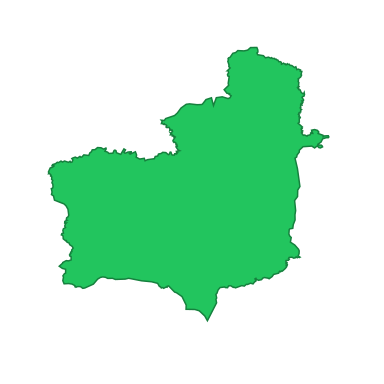 the district of Phon Thong, Roi Et, Thailand, rotated 258°
{"feature_id": "78962969B17722386681463", "entity_name": "Phon Thong", "entity_type": "district", "adm_level": 2, "iso_a3": "THA", "parent_name": "Thailand", "parent_adm1": "Roi Et", "projection": "robinson", "projection_center": [103.964, 16.293], "detail": "fine", "context": "isolated", "style": "filled", "palette": "green", "viewbox_px": 384, "rotation_deg": 258, "n_neighbors": 0, "source": "geoboundaries", "source_scale": "gbopen_adm2", "svg_char_len": 6003}
<svg xmlns="http://www.w3.org/2000/svg" viewBox="0 0 384 384"><g transform="rotate(258 192 192)"><path d="M132.1,47.2L128.8,47.8L128.1,52.3L126.9,55.5L124.9,57.8L123.7,57.9L123.8,58.5L123.0,58.7L123.3,60.6L122.6,63.3L120.5,65.1L120.4,67.2L122.4,76.4L126.4,81.6L127.5,84.7L127.5,87.0L126.6,89.6L125.0,91.6L124.1,96.3L122.4,98.9L120.7,108.6L120.8,112.1L115.6,124.3L112.6,133.8L109.8,139.4L106.3,140.5L106.0,141.4L104.5,142.0L104.6,143.6L103.7,144.3L104.4,146.8L104.0,147.8L104.9,148.1L105.0,149.6L97.7,154.2L96.8,155.8L91.8,160.5L82.6,162.8L78.5,161.8L76.5,170.4L74.3,174.4L68.1,178.7L62.9,180.3L78.5,193.0L82.0,193.1L83.2,194.1L86.9,194.1L87.7,195.3L90.7,197.1L92.7,199.6L92.3,204.3L91.6,204.7L91.0,206.9L92.5,208.2L92.2,210.5L90.1,212.5L90.3,213.1L89.2,214.6L90.1,221.2L89.1,223.6L90.4,226.0L90.0,227.0L90.6,230.3L89.4,232.6L91.3,234.8L91.3,235.7L92.2,236.1L93.9,235.5L94.3,236.6L92.6,237.1L92.7,237.6L91.8,238.6L91.8,241.8L93.0,243.3L93.3,245.0L91.9,248.5L91.1,249.4L92.6,252.8L94.4,254.7L94.6,259.9L96.2,261.1L95.5,262.1L96.1,263.0L95.8,263.9L97.8,267.4L99.2,269.0L100.3,268.9L99.9,269.4L101.0,270.2L102.0,269.7L102.6,270.1L102.8,269.4L103.3,270.0L103.9,269.3L105.4,269.7L105.2,272.1L106.0,273.2L107.0,272.6L107.8,273.4L107.4,276.3L106.2,277.6L106.1,279.3L106.9,280.4L105.8,281.2L106.3,282.6L105.6,283.3L105.8,284.1L107.4,282.5L109.4,283.9L112.1,284.6L113.8,284.3L118.8,281.5L122.5,277.8L126.9,279.6L128.5,278.5L130.7,278.0L135.1,279.3L135.6,280.0L135.5,283.0L139.1,284.3L143.2,287.0L148.4,288.0L152.2,289.5L162.3,290.6L165.6,294.3L171.9,295.8L174.9,298.7L192.9,300.0L203.7,299.8L204.4,301.6L206.4,302.5L208.7,305.2L210.6,305.7L213.2,310.1L212.0,318.7L209.6,321.1L211.0,324.1L209.0,325.4L208.4,326.8L209.0,329.1L209.8,329.0L210.9,328.3L211.8,325.0L212.5,325.0L214.0,328.6L216.8,330.8L217.2,334.4L216.8,336.7L217.4,337.3L218.7,337.0L219.4,332.6L218.9,331.8L220.3,331.9L223.0,327.5L224.3,328.5L226.2,327.5L227.6,324.9L227.6,321.8L226.1,321.9L225.4,320.9L224.9,322.2L224.2,322.3L224.7,320.5L223.3,319.3L223.3,316.8L222.7,316.1L224.3,314.1L224.3,312.7L227.0,311.4L227.2,312.2L228.1,311.8L228.7,313.0L229.9,311.9L231.0,311.9L231.2,312.9L232.0,312.6L232.6,313.5L237.2,310.1L238.0,311.5L241.3,312.1L242.2,313.4L242.9,313.3L243.3,312.2L245.1,313.0L245.8,312.2L247.2,313.2L246.8,313.9L247.6,314.2L247.7,315.0L249.4,315.3L249.9,316.3L250.9,315.4L251.9,315.4L252.1,316.5L252.3,315.9L254.6,316.4L254.2,317.6L255.2,317.4L255.5,318.0L256.0,317.4L256.6,319.0L258.2,318.4L258.0,319.8L258.8,320.3L261.6,319.3L262.3,319.9L262.4,321.4L263.9,322.3L266.0,322.4L265.0,321.6L265.2,320.8L266.7,319.5L269.4,319.0L269.8,317.9L271.7,317.1L271.5,317.9L272.7,317.7L272.9,318.6L273.5,318.2L277.0,319.3L277.9,318.8L279.8,319.6L280.5,319.3L281.9,322.2L283.6,323.5L284.3,323.1L287.1,324.5L287.7,323.0L288.8,323.5L290.1,321.5L289.9,320.0L292.9,319.6L292.5,318.1L295.0,315.9L295.5,314.2L296.8,313.7L296.9,312.3L297.6,311.9L296.9,311.1L297.1,310.1L297.8,310.1L297.8,309.3L299.0,308.4L298.4,306.1L300.3,306.3L301.2,305.3L301.4,304.0L303.2,303.4L303.8,302.1L304.5,301.9L304.6,300.8L305.5,300.5L305.8,298.7L306.9,297.7L306.5,296.9L308.0,294.8L308.0,291.7L310.5,290.2L312.6,284.8L314.5,284.4L315.2,285.6L317.4,285.9L319.9,285.5L321.1,279.3L319.2,275.9L319.2,272.2L320.8,266.2L319.3,263.7L319.2,260.8L315.8,257.2L315.6,255.7L314.8,254.9L313.7,255.1L312.3,254.2L308.7,254.6L306.9,254.1L305.4,255.1L303.3,251.8L303.2,252.6L300.8,252.5L299.7,251.2L298.9,251.1L297.8,251.3L297.3,252.4L290.8,250.0L288.7,250.0L285.4,244.7L281.3,246.7L280.4,249.1L279.7,248.6L278.1,250.3L276.3,248.8L275.9,246.7L278.8,241.4L279.2,235.4L272.1,231.0L280.1,230.6L279.5,224.9L275.7,220.4L275.6,219.3L276.3,215.2L278.7,208.0L279.0,204.6L276.4,198.7L272.3,194.1L270.4,190.8L269.3,181.5L267.7,179.8L268.6,176.9L267.4,177.5L265.3,176.3L265.1,177.4L264.1,178.0L264.5,179.2L263.6,179.4L262.9,180.8L262.2,181.1L261.0,180.1L260.2,180.8L260.0,183.0L258.2,183.5L256.8,183.0L257.4,184.3L256.7,184.6L256.6,185.5L255.2,185.5L254.8,184.5L253.9,184.3L254.3,183.2L253.4,183.6L252.4,182.7L251.9,184.6L250.8,184.4L251.0,185.6L249.5,185.7L250.0,186.3L249.3,187.1L246.4,184.1L245.2,184.1L244.2,184.7L244.5,185.4L243.3,186.4L241.8,186.2L241.8,187.0L239.9,187.1L240.1,186.1L239.5,185.7L235.9,187.2L235.0,188.4L235.0,185.3L234.4,185.7L233.8,185.2L233.5,185.7L233.3,185.0L233.0,185.5L232.4,184.9L233.0,183.0L231.8,182.4L232.2,180.6L232.7,180.0L235.3,179.7L235.6,179.0L233.5,177.4L233.4,176.6L236.0,174.6L236.9,171.6L236.1,169.9L236.1,167.1L234.3,165.9L234.4,163.4L232.4,162.1L232.9,155.1L232.3,152.6L234.9,152.3L235.1,147.7L237.7,144.6L239.7,145.5L243.1,145.0L241.9,139.4L242.5,138.8L243.4,140.8L244.0,140.9L244.4,137.6L243.8,134.6L244.8,133.7L247.0,135.7L248.3,134.4L243.6,130.1L246.1,126.3L248.3,126.2L249.0,125.3L248.8,124.4L246.4,122.7L247.0,118.7L248.5,117.8L250.0,115.3L252.0,117.0L252.9,116.9L252.3,114.5L254.2,112.2L255.1,108.8L253.6,106.0L254.0,103.2L252.3,102.0L251.6,100.3L249.2,98.6L250.8,93.9L249.1,91.5L249.2,90.4L250.1,89.8L249.0,86.9L250.4,85.1L250.0,82.3L249.7,81.4L248.1,82.2L246.2,80.8L246.2,79.5L247.4,79.1L246.7,77.3L248.8,73.8L248.2,71.5L249.5,70.3L248.5,67.7L249.1,66.4L248.1,64.5L247.8,61.4L246.9,60.6L246.7,62.4L246.0,62.4L245.1,60.3L245.0,58.3L241.4,55.7L240.4,56.1L239.7,55.5L239.5,56.6L237.7,57.7L237.1,57.0L235.9,58.0L233.5,57.3L232.4,58.2L230.1,56.9L228.6,57.5L225.9,57.1L224.7,56.4L224.6,55.1L221.0,55.1L218.7,54.0L217.0,55.7L212.6,55.8L207.0,64.3L204.7,65.9L200.9,67.1L194.9,66.6L193.6,65.7L192.8,64.0L190.6,63.1L190.3,63.7L189.7,61.5L188.1,61.0L187.8,62.6L187.2,61.6L185.1,60.4L183.6,60.9L182.7,58.5L181.2,57.7L178.5,57.7L178.4,56.1L177.2,55.3L176.5,56.4L175.4,56.7L173.0,56.3L170.3,58.5L170.5,59.0L168.9,59.3L167.6,61.2L165.9,61.4L163.7,63.5L161.8,64.1L160.3,62.3L158.7,62.1L158.8,61.4L157.0,60.0L156.8,60.4L155.9,59.1L154.6,59.3L154.1,60.3L150.7,59.7L150.3,56.8L151.0,54.9L150.8,53.9L149.9,50.9L149.3,50.7L147.0,46.7L144.2,49.3L142.7,52.3L138.9,51.5L138.7,50.3L136.8,48.3L135.5,48.6L132.1,47.2Z" fill="#22c55e" stroke="#15803d" stroke-width="1.5"/></g></svg>